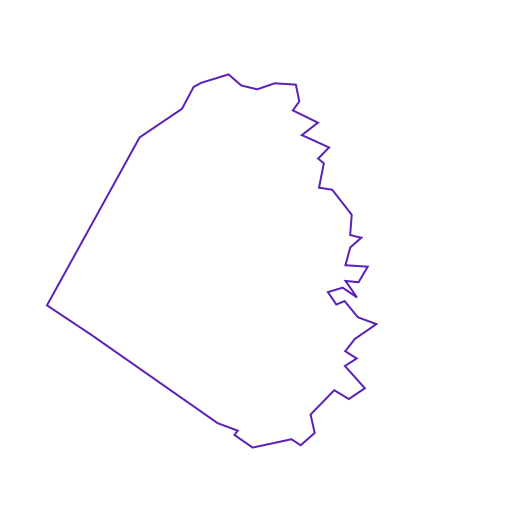 Washington, Kentucky, United States of America (Equal Earth projection), rotated 119°
{"feature_id": "52423323B50785564442129", "entity_name": "Washington", "entity_type": "district", "adm_level": 2, "iso_a3": "USA", "parent_name": "United States of America", "parent_adm1": "Kentucky", "projection": "equal_earth", "projection_center": [-85.219, 37.774], "detail": "fine", "context": "isolated", "style": "outline", "palette": "violet", "viewbox_px": 512, "rotation_deg": 119, "n_neighbors": 0, "source": "geoboundaries", "source_scale": "gbopen_adm2", "svg_char_len": 797}
<svg xmlns="http://www.w3.org/2000/svg" viewBox="0 0 512 512"><g transform="rotate(119 256 256)"><path d="M86.8,304.2L95.9,323.4L109.6,335.7L114.0,351.5L110.5,368.1L131.0,387.8L138.3,392.5L163.1,392.1L208.7,415.3L285.7,415.1L400.5,414.9L403.5,378.0L404.8,361.9L420.8,208.5L417.7,187.4L423.0,188.0L425.2,166.1L399.1,136.2L399.9,125.2L382.3,118.9L368.2,131.4L335.5,122.5L336.1,105.5L318.9,96.7L309.1,124.9L296.8,118.3L296.0,131.8L280.5,129.3L257.2,117.7L260.2,137.1L252.5,156.7L259.5,162.2L252.7,175.6L241.7,164.9L243.3,147.6L234.4,165.6L229.2,153.6L211.2,153.1L220.7,173.3L202.8,177.7L189.0,172.8L192.0,183.8L173.5,192.3L161.1,221.5L165.7,234.0L142.0,241.6L140.7,248.9L125.7,244.7L128.0,274.5L109.4,266.5L110.8,294.3L99.8,293.1L86.8,304.2Z" fill="none" stroke="#5b21b6" stroke-width="2"/></g></svg>